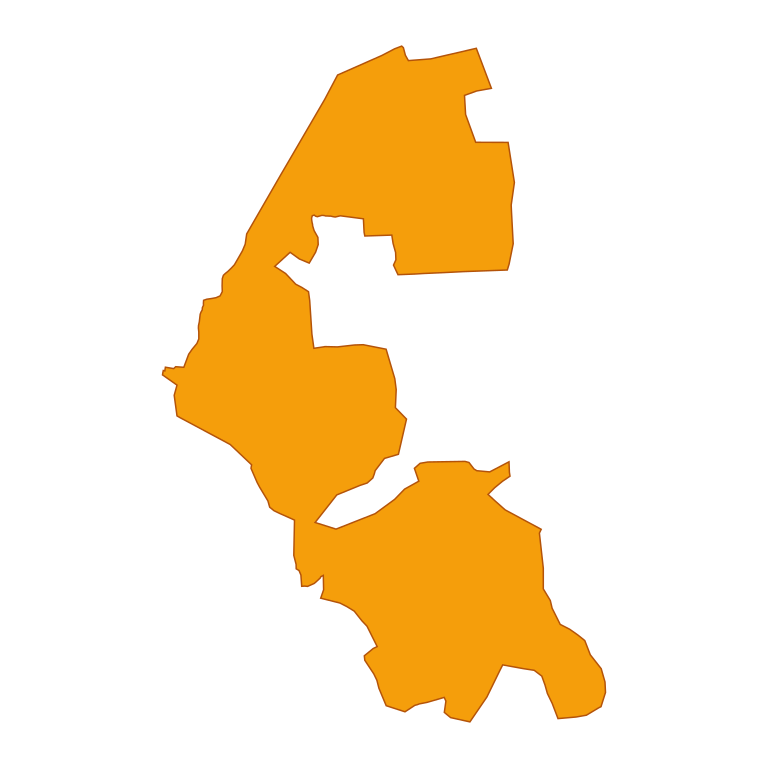 Makoda, Kano, Nigeria (orthographic projection)
{"feature_id": "59680162B1898458611197", "entity_name": "Makoda", "entity_type": "district", "adm_level": 2, "iso_a3": "NGA", "parent_name": "Nigeria", "parent_adm1": "Kano", "projection": "orthographic", "projection_center": [8.472, 12.427], "detail": "fine", "context": "isolated", "style": "filled", "palette": "amber", "viewbox_px": 768, "rotation_deg": 0, "n_neighbors": 0, "source": "geoboundaries", "source_scale": "gbopen_adm2", "svg_char_len": 2999}
<svg xmlns="http://www.w3.org/2000/svg" viewBox="0 0 768 768"><path d="M444.3,712.4L450.6,717.6L469.9,721.9L486.9,697.0L500.0,670.2L502.7,664.9L523.7,668.7L534.2,670.3L541.8,676.1L545.0,685.0L547.4,693.5L552.2,703.4L558.0,718.6L576.2,717.0L586.4,715.2L598.9,707.7L601.0,706.7L605.2,693.4L605.5,692.5L605.0,682.0L601.2,668.7L590.3,654.8L584.8,640.6L578.1,635.2L569.6,629.2L560.2,624.4L552.1,608.2L550.3,600.5L543.3,588.9L543.3,568.2L539.4,533.1L541.2,529.3L505.2,509.9L495.5,501.3L488.0,494.4L494.7,487.7L502.6,481.2L510.0,476.2L509.4,472.2L509.0,461.8L489.7,471.9L476.8,470.7L474.0,469.0L469.0,462.5L465.0,461.4L446.6,461.7L427.8,462.0L420.1,463.3L414.4,468.3L418.8,481.2L404.6,489.1L394.6,499.4L375.1,513.7L336.0,529.1L315.1,522.5L336.8,494.9L360.0,485.4L367.2,483.0L372.8,478.0L374.3,473.9L375.2,470.6L384.5,458.4L398.4,454.3L406.5,419.1L395.4,407.7L396.2,389.6L394.8,378.7L386.1,349.2L363.2,344.7L354.4,345.0L337.5,346.9L324.8,346.6L324.7,346.7L313.9,348.3L311.9,334.1L309.7,300.5L308.5,291.7L301.8,287.4L295.7,284.2L285.6,273.5L274.7,266.4L290.1,252.3L299.4,259.0L309.2,263.1L315.6,252.2L318.2,244.6L317.9,237.4L314.1,230.6L312.7,226.0L312.5,224.1L312.1,222.6L311.7,220.0L311.6,218.0L312.3,215.7L314.2,215.1L315.6,216.2L317.4,216.7L319.0,216.2L320.4,215.8L321.7,215.4L323.0,215.4L324.5,215.6L325.7,216.0L327.3,216.0L329.2,216.1L330.7,216.1L332.3,216.5L333.8,216.8L335.3,217.0L340.3,215.8L363.4,218.8L364.1,232.3L364.8,236.0L391.8,235.1L393.1,243.5L395.6,252.5L395.9,259.8L393.5,265.1L398.0,274.7L415.4,274.0L423.4,273.5L443.8,272.6L463.7,271.6L507.3,270.0L509.1,264.1L513.2,243.7L511.5,211.9L511.2,205.1L514.4,182.5L508.1,142.4L475.7,142.3L465.6,114.5L464.5,95.4L476.6,91.0L491.4,88.3L476.3,48.3L430.6,58.9L408.4,60.6L405.4,55.3L403.4,47.7L401.7,46.1L394.6,48.8L381.8,55.5L337.6,75.0L324.7,99.4L289.3,160.2L281.1,174.2L246.7,233.9L245.2,244.2L242.4,250.9L238.1,258.4L234.4,264.8L231.5,267.9L227.9,271.4L225.4,273.4L223.4,275.3L222.3,278.6L222.1,285.8L222.3,291.6L220.1,295.9L216.0,297.7L211.6,298.5L206.8,299.2L203.6,300.3L203.4,303.4L203.5,305.3L202.4,307.5L202.2,310.0L201.0,312.1L200.2,314.2L199.3,321.9L198.5,325.6L198.4,328.1L198.8,332.0L198.8,336.5L198.8,338.9L196.9,343.5L192.1,349.3L188.7,354.2L183.8,367.3L175.7,366.7L173.7,368.6L165.4,367.2L164.8,370.9L163.3,370.5L162.8,372.9L162.5,374.9L162.8,375.1L177.0,385.1L174.2,395.3L177.0,415.9L180.1,417.7L230.2,444.5L251.6,464.8L251.0,468.3L257.1,482.4L259.6,487.1L267.9,500.9L269.7,507.2L274.0,510.7L279.8,513.5L290.6,518.3L294.5,520.1L293.8,555.4L296.1,564.4L296.2,568.8L299.0,570.5L300.9,575.0L301.7,586.3L304.8,586.1L307.6,586.4L314.1,583.5L315.6,582.3L320.2,578.0L320.8,576.7L323.3,575.4L323.6,589.8L320.7,598.2L339.8,603.0L346.9,606.6L354.2,611.1L361.9,620.8L367.0,626.2L377.2,646.6L373.2,648.5L364.3,655.8L364.8,660.3L373.8,673.9L376.9,680.3L378.9,688.2L386.2,705.7L405.0,711.8L414.9,705.3L417.3,704.7L419.3,703.9L422.4,703.3L427.0,702.4L444.2,697.4L445.9,701.1L444.3,712.4Z" fill="#f59e0b" stroke="#b45309" stroke-width="1.5"/></svg>